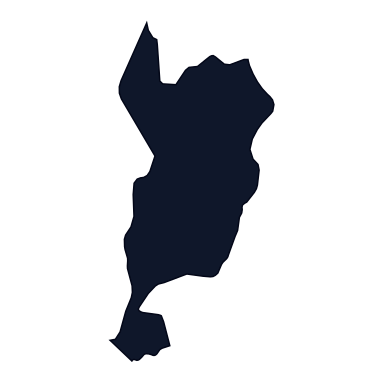 outline of San Marcos
{"feature_id": "GTM-1947", "entity_name": "San Marcos", "entity_type": "Department", "adm_level": 1, "iso_a3": "GTM", "parent_name": "Guatemala", "parent_adm1": "", "projection": "equal_earth", "projection_center": [-91.97, 14.971], "detail": "fine", "context": "isolated", "style": "filled", "palette": "ink", "viewbox_px": 384, "rotation_deg": 0, "n_neighbors": 0, "source": "natural_earth", "source_scale": "10m", "svg_char_len": 1717}
<svg xmlns="http://www.w3.org/2000/svg" viewBox="0 0 384 384"><path d="M110.1,340.3L115.4,339.3L120.1,331.9L125.8,311.2L131.3,297.7L132.4,292.4L132.1,285.8L127.5,268.5L127.4,266.0L127.7,260.9L127.6,258.2L125.1,249.6L124.6,246.6L124.4,239.3L125.6,235.1L131.0,226.9L134.0,216.4L133.2,194.6L134.1,183.2L137.2,179.1L140.4,177.9L143.8,177.4L147.2,175.5L149.9,171.5L155.0,156.0L121.4,98.9L119.4,93.2L119.3,86.7L121.1,80.6L125.9,69.8L138.5,41.4L146.7,23.0L148.3,30.3L152.8,37.7L156.7,39.6L157.3,44.7L159.8,81.0L162.7,83.9L176.0,84.7L176.7,83.5L185.5,70.3L189.0,67.4L197.5,66.5L205.4,60.1L209.8,56.6L211.5,55.8L213.2,55.6L215.5,57.0L224.3,64.2L229.8,64.8L244.0,59.5L248.0,59.5L248.2,60.8L249.4,65.5L253.1,74.1L257.4,81.9L262.2,88.7L267.4,94.3L269.9,96.6L272.5,99.9L273.9,104.6L272.7,111.2L271.0,113.4L262.0,122.9L257.3,129.5L252.3,139.0L249.9,149.4L253.0,159.1L258.0,164.5L259.1,170.1L257.4,185.1L256.4,188.7L254.3,192.4L246.7,202.1L244.7,203.2L242.6,204.9L242.3,205.8L242.0,207.3L242.2,209.7L241.7,213.0L239.4,217.3L237.6,230.4L235.7,235.0L235.3,235.8L228.3,255.2L228.0,256.3L227.4,257.6L226.4,258.9L223.0,262.2L221.8,263.9L221.2,265.1L217.8,273.1L215.3,275.3L213.0,276.5L210.4,276.8L203.1,276.2L186.8,274.0L164.0,282.6L158.4,284.0L155.3,286.0L148.3,293.4L139.3,306.8L138.3,309.0L138.6,310.0L139.4,311.0L141.6,312.2L143.0,312.6L158.4,314.7L160.6,315.4L161.3,315.8L163.6,321.8L169.8,345.7L162.1,348.2L159.8,349.6L156.9,353.8L155.9,354.7L154.9,355.3L154.2,355.4L153.4,355.4L152.7,355.2L151.3,354.6L148.8,353.9L146.2,353.7L145.0,354.0L144.1,354.4L141.7,357.2L139.4,359.4L138.1,360.1L136.8,360.3L134.1,359.4L133.1,359.7L132.4,360.0L132.0,360.9L131.9,361.0L110.1,340.3Z" fill="#0f172a" stroke="#020617" stroke-width="1.5"/></svg>